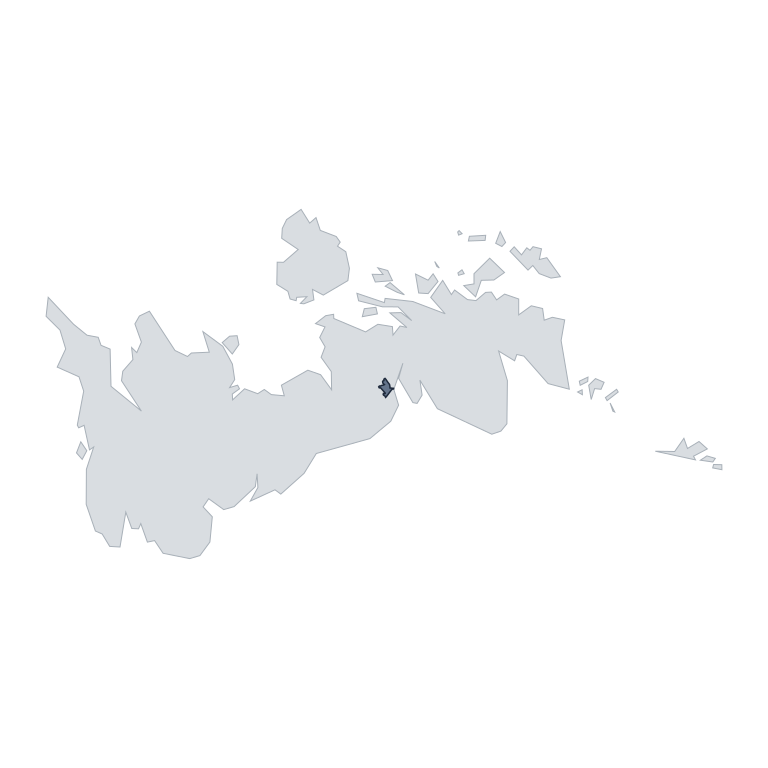 Midlothian on a map of United Kingdom (Mercator projection), rotated 90°
{"feature_id": "GBR-2024", "entity_name": "Midlothian", "entity_type": "Unitary District", "adm_level": 1, "iso_a3": "GBR", "parent_name": "United Kingdom", "parent_adm1": "", "projection": "mercator", "projection_center": [-3.084, 55.83], "detail": "fine", "context": "in_parent", "style": "filled", "palette": "slate", "viewbox_px": 768, "rotation_deg": 90, "n_neighbors": 0, "source": "natural_earth", "source_scale": "10m", "svg_char_len": 4316}
<svg xmlns="http://www.w3.org/2000/svg" viewBox="0 0 768 768"><g transform="rotate(90 384 384)"><path d="M411.1,626.6L380.7,646.5L371.2,645.2L359.6,635.1L347.5,636.4L352.6,631.2L342.1,626.6L323.9,633.1L316.0,628.6L311.2,618.6L350.5,593.0L356.5,580.5L353.0,576.6L352.2,558.7L331.6,565.1L346.3,545.2L364.1,535.6L379.6,533.3L387.6,538.4L385.2,530.4L388.8,528.5L394.0,535.7L399.9,535.4L388.8,523.4L393.7,510.3L389.5,503.7L394.6,496.7L395.8,483.7L385.2,486.6L370.2,460.2L374.7,447.4L389.8,436.4L371.6,436.7L357.3,446.9L346.8,442.9L337.5,448.3L326.9,443.0L323.6,452.5L315.7,442.3L314.3,434.4L318.5,434.2L331.9,402.4L324.3,390.1L326.6,375.6L335.1,375.0L326.0,367.9L327.5,361.1L312.9,378.1L312.6,367.0L320.6,356.3L306.9,369.9L306.8,385.6L300.8,409.4L293.3,411.1L302.6,383.6L298.4,382.9L301.5,355.2L313.8,322.8L297.4,337.3L280.4,325.3L294.6,316.6L290.0,313.4L299.6,300.5L300.6,292.0L292.4,282.4L292.1,276.6L299.9,271.4L294.1,263.4L299.0,249.3L314.9,249.3L305.8,236.7L308.5,225.4L320.2,223.8L317.3,215.6L319.9,203.3L340.5,206.9L389.2,198.7L383.6,219.9L356.1,244.1L354.5,251.2L360.8,253.4L351.0,269.4L380.7,260.6L423.8,261.1L431.1,267.1L434.2,276.2L408.7,330.6L380.1,348.1L395.1,345.9L403.4,350.9L402.6,355.1L378.3,369.4L363.2,365.1L389.4,374.2L405.2,369.4L421.2,377.2L438.6,398.1L453.5,451.7L473.3,463.9L494.1,487.2L489.8,493.0L501.1,517.7L487.5,510.1L473.8,510.9L486.7,512.7L506.6,533.9L509.6,544.3L498.7,559.3L506.9,564.9L516.8,555.7L542.0,558.1L555.6,568.1L558.6,578.3L553.3,604.9L540.6,613.4L542.1,620.6L523.6,627.2L528.8,629.5L528.5,636.2L512.1,642.2L547.0,648.0L546.4,658.3L534.0,665.8L531.0,672.6L504.3,681.8L469.3,681.6L447.0,674.3L449.9,678.5L425.3,683.9L427.8,689.3L425.1,690.7L391.1,684.3L376.8,689.0L367.1,710.8L348.9,702.3L330.1,708.0L316.3,721.9L297.3,719.8L324.2,694.5L335.2,681.0L337.3,669.8L345.3,667.0L349.1,657.9L386.3,657.0L411.1,626.6ZM284.4,491.2L262.2,490.8L262.3,484.5L249.5,469.8L238.3,486.3L228.4,485.7L219.6,481.4L209.4,466.9L223.1,458.3L217.6,452.0L230.4,447.7L236.5,431.8L242.1,427.8L246.2,430.5L251.7,422.2L268.3,418.6L280.6,420.1L295.1,444.7L289.4,455.5L299.9,454.1L303.8,464.1L303.4,467.6L296.7,461.1L297.3,471.3L300.7,471.9L299.0,477.9L291.3,480.1L284.4,491.2ZM278.1,217.0L273.6,228.8L265.5,235.2L270.1,240.0L251.3,258.0L246.8,253.8L254.9,246.5L247.8,241.2L250.3,238.0L246.7,235.0L248.8,226.5L259.5,228.7L257.7,221.2L276.7,207.6L278.1,217.0ZM280.0,274.1L280.3,286.7L296.8,292.4L285.6,304.2L283.9,294.0L273.7,294.0L258.2,278.3L272.5,263.5L280.0,274.1ZM448.9,60.7L456.2,74.5L459.9,72.5L451.2,112.7L451.5,93.3L438.3,84.1L448.5,80.5L441.5,69.0L448.9,60.7ZM293.0,349.3L274.0,352.5L280.2,339.9L273.8,334.9L281.5,330.0L293.6,339.9L293.0,349.3ZM344.6,529.1L354.0,535.7L342.6,545.8L336.2,538.4L335.7,530.9L344.6,529.1ZM280.6,375.5L282.0,392.7L274.3,395.8L274.5,384.9L267.8,390.2L270.5,380.3L280.6,375.5ZM389.3,167.0L388.6,173.4L399.5,176.8L385.2,179.3L378.6,172.5L382.3,163.9L389.3,167.0ZM316.7,405.7L308.7,403.7L307.3,392.1L313.9,390.6L316.7,405.7ZM459.4,685.8L452.9,691.5L441.8,687.2L450.7,681.2L459.4,685.8ZM286.2,382.8L282.6,377.9L294.8,363.6L292.3,370.8L286.2,382.8ZM242.5,262.4L246.5,266.1L243.3,272.3L231.6,267.8L242.5,262.4ZM241.0,299.6L236.3,298.6L235.3,282.3L240.4,282.9L241.0,299.6ZM460.2,67.6L455.9,61.1L458.4,52.7L462.0,55.2L460.2,67.6ZM400.6,160.9L397.6,162.6L389.3,151.4L392.0,149.8L400.6,160.9ZM385.3,187.8L381.2,188.7L377.1,180.0L381.5,180.3L385.3,187.8ZM469.7,46.1L467.9,55.3L464.5,54.4L464.7,46.2L469.7,46.1ZM411.2,155.1L403.0,157.9L412.0,153.3L411.2,155.1ZM275.3,309.4L272.9,310.1L269.8,306.0L273.7,303.8L275.3,309.4ZM394.7,185.6L392.0,190.4L389.8,185.9L394.7,185.6ZM266.4,331.2L261.5,333.3L268.0,328.7L266.4,331.2ZM235.1,309.4L232.0,310.3L230.6,308.9L233.7,305.9L235.1,309.4Z" fill="#d9dde1" stroke="#a8b0b8" stroke-width="1"/><path d="M388.3,374.5L388.9,374.4L389.0,374.6L389.1,375.7L390.1,376.7L394.1,379.7L396.6,381.6L397.4,382.4L397.0,382.6L396.2,382.9L395.1,384.5L394.4,384.8L393.5,384.6L393.7,383.4L393.4,382.8L393.1,382.8L388.5,386.8L387.7,387.7L387.9,388.4L387.8,388.8L386.8,389.3L386.0,388.6L386.0,387.6L385.3,385.9L385.2,384.9L384.6,383.6L383.0,385.2L381.6,385.4L380.8,384.9L380.6,384.1L379.2,384.1L378.4,383.0L379.1,382.3L382.2,380.2L384.4,378.5L386.3,378.1L388.0,378.0L388.1,376.5L388.3,375.1L388.3,374.5Z" fill="#64748b" stroke="#1e293b" stroke-width="1.5"/></g></svg>